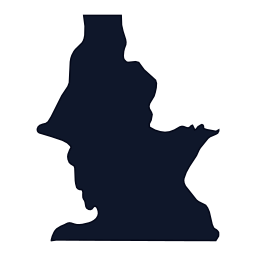 SVG path tracing the border of Centro Sur
{"feature_id": "GNQ-1468", "entity_name": "Centro Sur", "entity_type": "Province", "adm_level": 1, "iso_a3": "GNQ", "parent_name": "Equatorial Guinea", "parent_adm1": "", "projection": "robinson", "projection_center": [10.435, 1.583], "detail": "fine", "context": "isolated", "style": "filled", "palette": "ink", "viewbox_px": 256, "rotation_deg": 0, "n_neighbors": 0, "source": "natural_earth", "source_scale": "10m", "svg_char_len": 2154}
<svg xmlns="http://www.w3.org/2000/svg" viewBox="0 0 256 256"><path d="M83.7,15.4L121.2,15.4L121.5,25.0L122.9,31.2L125.5,39.5L125.9,42.2L125.7,44.6L124.3,48.4L123.6,51.3L123.2,55.8L123.5,58.3L124.3,60.0L124.6,60.2L126.5,62.1L128.3,62.4L135.6,61.7L138.7,62.5L139.6,63.8L144.0,69.8L155.5,80.2L156.4,83.3L156.1,87.8L155.1,92.4L154.0,96.0L149.6,103.4L148.9,106.2L149.3,108.7L151.4,112.4L152.1,114.5L151.1,120.0L149.2,123.9L149.4,127.1L155.0,130.2L160.3,131.8L165.0,132.4L169.5,131.9L174.4,130.1L180.0,126.9L182.0,126.4L183.6,126.6L186.6,127.7L188.3,128.0L190.0,127.1L191.3,125.7L192.5,125.3L194.7,129.9L196.1,129.3L198.2,126.6L199.4,126.0L200.7,125.1L201.9,124.6L203.0,125.2L203.4,126.1L203.6,128.2L204.2,128.8L206.9,129.7L215.6,131.3L216.4,131.2L217.1,130.8L218.7,129.9L218.7,131.0L217.6,133.1L215.9,134.1L209.9,136.7L207.9,138.3L200.2,147.8L198.9,150.0L196.4,155.5L189.4,166.2L186.1,172.2L183.9,178.3L183.6,180.4L184.0,183.1L185.3,186.1L196.4,200.1L198.5,201.7L205.6,205.3L207.5,208.0L209.2,212.0L212.1,224.6L213.6,228.0L214.9,229.0L216.3,229.8L217.5,230.9L218.5,232.3L218.6,234.3L218.5,236.1L216.1,240.0L215.8,240.5L177.1,240.4L126.1,240.2L122.1,240.2L75.0,240.0L56.3,239.9L51.4,240.6L51.3,240.2L52.4,236.2L54.1,232.4L55.0,230.9L56.0,229.7L56.9,228.8L60.8,226.4L65.0,224.6L65.8,224.1L67.8,223.2L69.4,222.9L71.0,223.1L74.5,224.2L76.6,224.7L79.2,224.8L82.4,224.5L88.8,223.0L91.5,222.0L94.1,220.5L96.4,218.5L97.9,216.0L98.5,213.6L98.3,211.1L97.6,208.9L96.7,207.1L95.2,206.1L94.2,206.3L93.1,207.3L92.0,208.8L90.5,209.5L88.7,209.3L86.9,208.2L86.0,206.7L85.1,201.8L84.5,200.3L83.6,199.0L83.0,197.4L82.9,194.7L83.0,192.5L82.6,190.7L81.7,189.5L79.8,189.5L78.2,188.9L76.8,187.5L75.8,183.7L75.4,180.7L74.9,168.0L74.2,165.9L70.8,163.8L69.3,162.3L68.1,159.2L67.8,156.6L68.1,154.3L69.8,149.9L71.1,147.5L70.9,146.6L70.3,145.6L67.3,142.7L62.3,140.1L51.3,136.4L39.3,132.8L38.1,131.9L37.5,130.8L37.3,129.1L38.2,126.9L39.8,125.4L42.6,124.3L45.9,123.5L48.2,121.8L51.3,116.8L61.9,95.7L68.0,86.5L69.4,82.7L70.4,61.8L71.0,58.3L72.0,55.3L74.0,51.5L75.5,49.5L82.1,43.0L83.3,41.1L84.2,38.7L84.9,35.3L85.1,26.1L83.7,15.4Z" fill="#0f172a" stroke="#020617" stroke-width="1.5"/></svg>